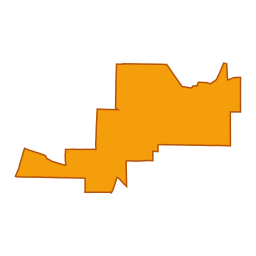 outline of Cioroiasi, Dolj, Romania
{"feature_id": "2599482B92829335126895", "entity_name": "Cioroiasi", "entity_type": "district", "adm_level": 2, "iso_a3": "ROU", "parent_name": "Romania", "parent_adm1": "Dolj", "projection": "mercator", "projection_center": [23.45, 44.084], "detail": "fine", "context": "isolated", "style": "filled", "palette": "amber", "viewbox_px": 256, "rotation_deg": 0, "n_neighbors": 0, "source": "geoboundaries", "source_scale": "gbopen_adm2", "svg_char_len": 3786}
<svg xmlns="http://www.w3.org/2000/svg" viewBox="0 0 256 256"><path d="M85.0,192.3L85.9,192.2L88.3,192.3L89.1,192.2L89.9,192.2L91.0,192.3L91.9,192.3L93.3,192.2L95.0,192.3L95.9,192.2L97.1,192.2L99.2,192.2L100.5,192.2L101.5,192.2L106.3,192.3L109.4,192.2L110.1,192.2L110.4,192.3L110.5,192.3L110.8,192.5L111.3,192.9L112.1,191.4L113.0,189.5L113.2,189.1L113.6,188.1L114.5,185.2L115.5,182.0L116.9,177.7L117.0,177.5L117.0,177.4L117.4,177.5L118.0,177.8L118.4,178.1L119.7,179.3L120.5,180.2L122.3,182.2L124.1,184.0L125.8,185.7L126.6,186.5L126.1,161.0L130.5,160.8L131.7,160.9L132.7,161.0L134.8,161.1L135.8,161.1L137.4,161.1L138.7,161.0L139.5,160.9L140.7,160.9L143.4,160.8L145.1,160.7L145.8,160.7L146.4,160.6L147.0,160.6L147.5,160.5L148.6,160.5L149.7,160.5L151.0,160.6L152.0,160.7L152.9,160.7L152.9,155.4L152.8,151.3L158.0,151.6L158.0,151.1L158.0,149.8L158.0,147.7L158.0,146.1L158.1,144.6L159.1,144.6L160.9,144.6L162.8,144.7L166.2,144.7L169.7,144.7L176.9,144.9L181.2,144.9L188.3,145.1L192.8,145.1L203.3,145.3L204.4,145.3L205.0,145.3L205.6,145.4L206.2,145.4L206.9,145.4L207.1,145.4L207.4,145.4L207.6,145.4L208.4,145.5L208.9,145.4L209.3,145.4L211.2,145.5L213.9,145.5L214.6,145.5L214.9,145.5L215.0,145.5L215.4,145.4L215.8,145.4L216.6,145.4L218.3,145.5L219.2,145.5L220.2,145.6L220.8,145.5L222.8,145.6L224.6,145.6L227.7,145.7L230.4,145.8L230.4,145.4L230.4,144.8L230.4,144.6L230.4,144.3L230.4,144.0L230.4,143.4L230.4,142.4L230.4,141.8L230.4,141.4L230.4,141.2L230.4,140.1L230.4,139.5L230.4,139.1L230.4,137.3L230.4,135.6L230.4,133.2L230.3,132.5L230.4,131.4L230.3,130.0L230.4,128.4L230.3,126.8L230.3,126.1L230.3,124.1L230.3,121.3L230.3,119.9L230.4,119.0L230.3,115.3L230.4,111.9L230.8,111.9L238.2,111.9L240.5,112.0L240.5,111.6L240.6,109.5L240.5,106.3L240.5,94.7L240.5,91.8L240.5,84.7L240.6,79.8L240.6,77.4L239.1,77.4L235.1,77.5L234.4,77.5L234.0,77.6L230.1,79.1L228.2,79.7L227.5,80.0L226.7,63.8L225.6,63.6L224.9,63.4L223.7,63.1L220.6,70.5L219.2,73.7L216.9,78.7L216.4,79.6L213.7,81.5L210.8,83.5L210.4,83.8L207.1,82.7L205.6,82.6L203.3,82.5L199.6,82.2L198.5,82.3L197.6,83.5L197.3,85.6L195.2,85.9L192.9,86.0L192.5,87.0L192.0,87.1L191.6,88.0L189.9,87.8L185.1,87.0L182.1,86.5L178.2,81.1L176.0,77.9L172.3,72.7L170.3,69.6L168.0,66.3L166.7,64.5L161.2,64.3L131.7,63.9L122.9,63.8L122.9,64.2L118.1,64.2L116.5,64.1L115.9,85.1L115.9,89.0L115.9,91.3L115.8,93.7L115.7,96.8L115.7,98.1L115.7,99.6L115.6,105.4L115.5,107.9L117.5,109.2L118.1,109.7L115.5,109.6L107.2,109.5L100.6,109.2L98.5,109.1L97.9,109.1L97.2,109.1L97.1,112.2L96.9,115.2L96.4,125.5L96.1,135.2L96.0,138.9L95.7,144.3L96.0,149.5L94.9,149.4L93.8,149.3L82.1,149.4L79.6,149.4L77.9,149.4L75.5,149.3L71.3,149.3L70.0,149.4L68.4,149.4L66.3,149.4L65.5,149.4L65.5,150.2L65.5,150.5L65.5,151.2L65.5,151.6L65.5,152.1L65.5,152.5L65.5,152.8L65.5,153.0L65.4,153.2L65.3,153.5L65.2,154.2L65.2,154.4L65.3,156.1L65.3,158.9L65.3,160.5L65.3,161.0L65.4,161.6L65.6,161.8L65.7,162.5L65.6,164.8L65.5,165.3L65.1,165.2L61.6,164.3L56.6,162.8L53.8,161.9L52.8,161.7L52.7,161.6L52.4,161.5L51.8,161.2L51.1,160.8L50.0,160.2L49.1,159.7L48.6,159.4L48.3,159.3L48.1,159.1L47.6,158.9L47.4,158.7L46.9,158.5L46.8,158.4L46.4,157.6L45.8,156.3L45.4,155.7L45.2,155.5L44.9,155.4L43.7,154.9L41.6,154.2L39.7,153.5L38.5,153.1L37.6,152.8L35.3,152.1L32.3,151.1L32.0,151.1L31.8,151.0L30.3,150.5L29.4,150.2L29.0,150.2L28.6,150.0L28.4,149.9L26.7,149.2L25.8,148.9L24.6,148.3L24.0,150.0L20.7,161.2L19.7,164.8L19.3,166.4L19.2,167.2L18.7,168.6L15.5,176.1L15.4,176.3L16.3,176.8L19.7,176.9L22.9,177.0L24.2,177.1L25.9,177.0L28.7,177.1L34.1,177.1L36.2,177.1L39.4,177.2L43.0,177.3L47.2,177.4L50.0,177.4L53.2,177.5L57.2,177.6L62.6,177.7L65.1,177.7L67.2,177.7L74.1,177.9L84.2,178.1L84.5,178.1L84.9,178.3L85.1,178.5L85.1,179.1L85.1,181.0L85.1,184.4L85.1,189.6L85.0,192.3Z" fill="#f59e0b" stroke="#b45309" stroke-width="1.5"/></svg>